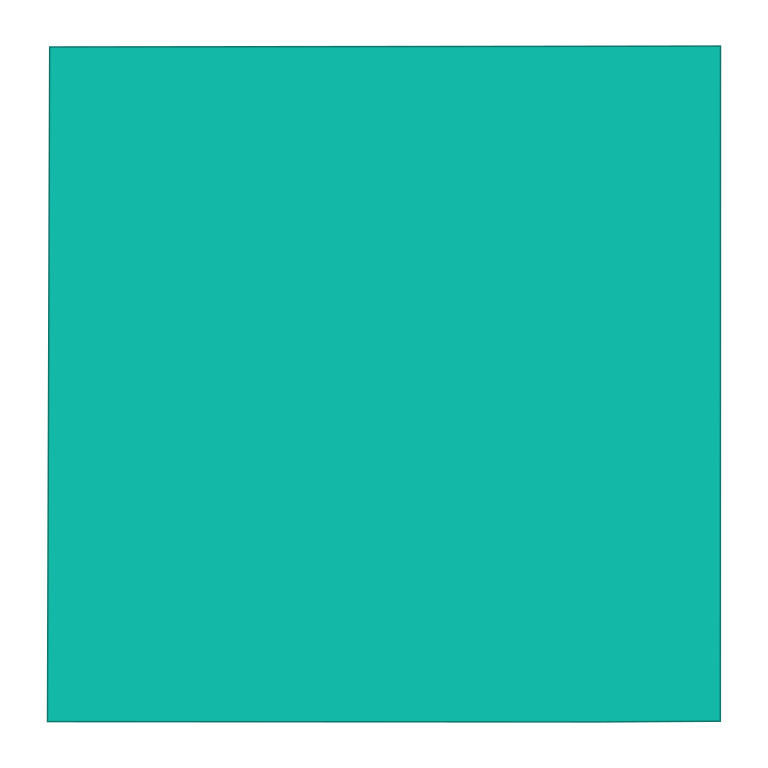 Briscoe, Texas, United States of America (Albers equal-area conic projection)
{"feature_id": "52423323B43262131750605", "entity_name": "Briscoe", "entity_type": "district", "adm_level": 2, "iso_a3": "USA", "parent_name": "United States of America", "parent_adm1": "Texas", "projection": "albers", "projection_center": [-101.151, 34.53], "detail": "fine", "context": "isolated", "style": "filled", "palette": "teal", "viewbox_px": 768, "rotation_deg": 0, "n_neighbors": 0, "source": "geoboundaries", "source_scale": "gbopen_adm2", "svg_char_len": 210}
<svg xmlns="http://www.w3.org/2000/svg" viewBox="0 0 768 768"><path d="M534.8,46.4L49.7,47.0L47.5,721.6L598.2,721.9L720.3,721.2L720.5,46.1L534.8,46.4Z" fill="#14b8a6" stroke="#0f766e" stroke-width="1.5"/></svg>